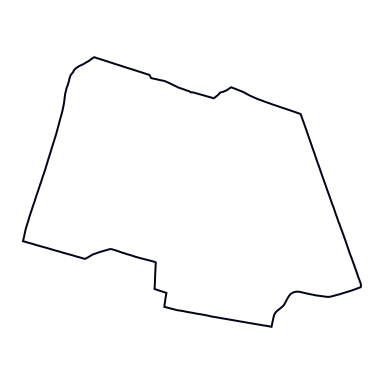 Azcapotzalco, México, Mexico (Mercator projection)
{"feature_id": "50627088B15179175127697", "entity_name": "Azcapotzalco", "entity_type": "district", "adm_level": 2, "iso_a3": "MEX", "parent_name": "Mexico", "parent_adm1": "México", "projection": "mercator", "projection_center": [-99.184, 19.486], "detail": "fine", "context": "isolated", "style": "outline", "palette": "ink", "viewbox_px": 384, "rotation_deg": 0, "n_neighbors": 0, "source": "geoboundaries", "source_scale": "gbopen_adm2", "svg_char_len": 4473}
<svg xmlns="http://www.w3.org/2000/svg" viewBox="0 0 384 384"><path d="M299.8,113.7L290.8,110.6L288.8,109.9L286.7,109.2L286.4,109.1L284.6,108.5L282.7,107.9L280.6,107.2L278.7,106.5L276.5,105.8L275.1,105.3L274.7,105.1L272.6,104.5L270.6,103.7L268.5,103.0L266.2,102.2L264.3,101.5L262.3,100.7L260.3,100.0L257.0,98.8L255.9,98.3L255.7,98.2L250.0,95.7L249.5,95.4L248.2,94.7L246.3,93.7L244.5,92.7L242.5,91.7L240.5,90.9L238.7,90.2L237.4,89.7L233.1,88.0L231.1,87.3L228.9,88.8L228.4,89.1L228.2,89.3L226.8,90.2L223.2,91.8L221.9,92.1L221.1,92.3L220.9,92.4L220.3,92.5L218.2,94.8L218.0,95.0L215.6,96.9L215.1,97.3L213.8,98.3L212.4,97.9L212.2,97.8L211.9,97.7L192.7,92.3L191.1,92.4L190.4,92.0L189.3,91.3L187.7,90.8L186.0,90.2L184.5,89.6L182.6,89.0L181.0,88.4L178.8,87.7L178.4,87.5L177.7,87.2L174.3,85.5L172.6,84.7L170.8,83.8L170.7,83.7L169.1,83.0L164.5,81.0L164.0,80.9L162.4,80.6L154.8,78.9L151.2,78.1L149.5,75.0L148.9,74.8L140.4,72.0L129.1,68.4L128.6,68.3L127.7,68.0L120.3,65.6L119.6,65.4L118.5,65.0L118.0,64.9L117.1,64.6L114.6,63.8L114.0,63.6L113.8,63.5L113.7,63.5L113.2,63.3L111.0,62.6L110.2,62.4L107.1,61.3L106.2,61.1L103.3,60.1L102.6,59.9L101.7,59.6L99.2,58.8L97.5,58.3L95.7,57.7L94.2,57.2L93.0,58.0L92.2,58.5L91.8,58.8L90.5,59.7L89.3,60.6L88.8,60.9L87.7,61.6L85.9,62.6L84.1,63.7L83.6,64.0L79.4,66.0L79.2,66.1L77.5,67.2L75.6,68.5L75.2,68.9L74.6,69.5L74.4,69.7L74.1,70.2L73.8,70.7L73.7,70.9L73.3,71.7L72.8,72.5L72.5,72.9L72.0,73.4L71.4,74.2L71.2,74.5L70.9,75.0L70.4,75.6L70.1,76.7L69.8,77.7L69.5,78.3L69.1,80.5L68.4,82.8L68.2,83.6L68.1,83.8L67.8,85.0L66.6,88.0L66.1,89.9L65.9,90.9L65.2,93.6L64.9,95.9L63.9,103.8L62.6,110.0L62.5,110.6L61.5,114.5L61.1,115.8L60.3,118.6L58.8,124.3L56.2,134.0L56.0,134.7L55.2,137.2L54.5,139.4L54.3,140.1L53.3,143.2L52.2,146.8L51.2,150.0L50.3,153.0L49.6,155.2L48.6,158.3L47.8,160.9L47.6,161.7L46.5,165.2L46.4,165.5L45.2,169.5L44.4,171.9L44.0,173.2L43.2,175.4L42.8,176.5L41.5,180.7L40.2,184.5L39.5,186.5L38.7,189.0L36.3,196.0L35.8,197.5L35.1,199.8L34.3,202.2L33.9,203.4L32.9,206.2L31.6,210.3L30.2,214.4L29.3,217.1L28.9,218.7L27.7,222.6L26.4,226.7L26.3,227.0L25.7,229.1L24.8,233.2L23.9,237.4L23.0,241.2L25.5,241.9L27.2,242.4L30.0,243.2L32.9,244.0L35.8,244.9L38.7,245.7L41.4,246.5L44.4,247.3L45.8,247.7L47.2,248.1L48.8,248.6L50.0,248.9L51.7,249.4L52.9,249.8L54.4,250.2L55.7,250.6L56.9,250.9L59.8,251.7L62.3,252.5L65.0,253.2L67.6,254.0L67.8,254.0L71.0,254.9L72.7,255.4L74.5,255.9L75.7,256.3L78.2,257.0L78.3,257.0L80.0,257.5L80.8,257.7L84.9,258.9L86.3,258.3L91.6,255.2L92.9,254.4L95.7,253.5L99.5,252.1L104.4,250.7L108.2,249.6L110.1,249.1L111.5,249.1L114.0,249.9L115.5,250.3L118.4,251.3L121.5,252.4L123.3,253.0L125.4,253.6L127.1,254.2L128.9,254.7L131.2,255.4L133.4,256.1L135.5,256.8L137.8,257.4L139.8,258.0L143.3,258.9L151.6,261.0L153.6,261.6L155.8,262.4L155.2,274.0L154.9,283.1L154.8,284.1L154.6,289.0L157.7,290.1L161.5,291.3L166.4,292.9L166.3,293.6L165.3,299.6L164.3,306.8L169.5,308.2L177.7,310.3L178.2,310.3L183.3,311.1L187.5,312.0L192.3,312.8L196.3,313.6L201.4,314.4L206.3,315.3L209.8,316.1L212.0,316.6L214.5,317.0L219.4,317.8L222.6,318.4L224.4,318.7L228.0,319.3L239.5,321.3L251.6,323.4L255.4,324.0L263.3,325.4L265.7,325.7L269.5,326.4L271.5,326.8L272.1,323.9L272.6,321.6L273.2,318.8L274.0,315.5L274.3,314.7L274.9,313.4L275.4,312.8L275.9,312.1L276.5,311.5L277.6,310.5L278.5,309.8L280.6,308.1L282.1,306.9L283.0,306.0L283.9,305.0L284.5,304.0L285.7,301.8L286.5,300.3L287.4,298.5L288.8,296.3L289.6,295.1L290.0,294.7L290.6,294.1L291.5,293.4L292.6,292.8L293.4,292.4L295.2,291.9L296.5,291.7L298.1,291.7L299.2,291.8L300.2,292.0L302.6,292.5L304.6,293.0L306.3,293.4L309.3,294.0L311.2,294.4L315.2,295.2L315.9,295.4L316.9,295.5L318.4,295.7L320.6,296.0L323.6,296.4L327.3,296.9L328.5,296.9L329.5,296.8L330.8,296.6L336.4,295.1L338.1,294.6L339.4,294.3L340.7,293.9L342.6,293.3L344.6,292.7L345.5,292.4L346.9,292.0L349.1,291.3L351.5,290.6L360.7,287.2L361.0,285.4L360.9,284.4L360.7,284.0L360.4,282.6L358.2,276.9L356.4,271.5L356.2,271.0L355.2,268.1L354.8,267.0L354.0,264.6L353.2,262.7L353.1,262.3L352.3,260.1L351.5,257.9L350.5,255.3L349.7,253.1L348.7,250.2L347.8,247.6L346.2,242.9L345.3,240.2L344.4,237.9L343.7,235.7L342.8,233.5L342.7,233.0L341.7,230.3L341.3,229.3L340.5,227.1L340.0,225.5L339.1,223.1L338.7,222.4L336.7,216.5L335.9,214.4L333.5,207.3L332.1,203.7L328.8,194.4L327.0,189.4L325.7,185.6L324.3,181.7L322.9,177.8L318.1,164.0L317.8,163.3L313.7,151.3L312.8,148.8L306.2,129.7L303.3,121.4L302.4,119.1L300.8,114.3L299.8,113.7Z" fill="none" stroke="#020617" stroke-width="2"/></svg>